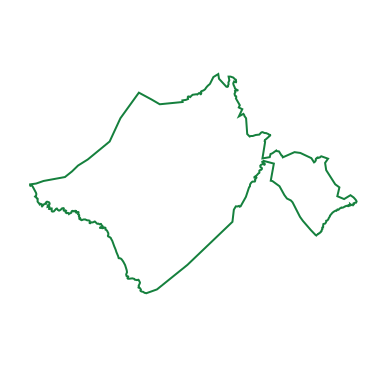 San Pedro Pochutla, Oaxaca, Mexico (Natural Earth projection), rotated 52°
{"feature_id": "50627088B77696414551918", "entity_name": "San Pedro Pochutla", "entity_type": "district", "adm_level": 2, "iso_a3": "MEX", "parent_name": "Mexico", "parent_adm1": "Oaxaca", "projection": "natural_earth1", "projection_center": [-96.39, 15.79], "detail": "fine", "context": "isolated", "style": "outline", "palette": "green", "viewbox_px": 384, "rotation_deg": 52, "n_neighbors": 0, "source": "geoboundaries", "source_scale": "gbopen_adm2", "svg_char_len": 6025}
<svg xmlns="http://www.w3.org/2000/svg" viewBox="0 0 384 384"><g transform="rotate(52 192 192)"><path d="M86.3,314.9L87.3,315.6L87.7,315.4L87.5,314.4L88.1,314.2L89.5,314.2L96.0,315.3L97.2,315.6L98.1,316.2L98.7,316.9L99.0,318.5L99.4,318.4L99.8,317.8L100.9,318.2L101.3,318.2L101.8,317.8L102.3,317.8L102.6,318.3L103.2,318.4L104.0,319.3L104.6,319.6L106.8,319.6L107.1,319.2L107.4,319.1L107.8,319.6L108.1,319.7L108.4,318.4L109.3,318.0L110.6,319.0L111.0,319.0L110.8,317.3L110.4,316.8L110.9,315.2L110.8,314.9L111.4,314.4L111.4,314.0L110.5,313.9L110.3,313.2L110.3,312.4L110.7,311.9L112.2,311.0L112.9,311.1L113.3,311.5L113.7,311.5L114.2,312.4L113.7,313.9L114.8,315.0L115.3,313.6L115.7,313.4L116.2,313.7L117.3,315.1L117.6,314.9L117.6,313.8L118.5,313.7L118.4,312.9L118.6,312.7L120.7,314.3L121.3,314.2L121.7,313.8L122.2,312.8L121.6,309.4L121.8,308.7L123.7,308.7L124.7,308.3L125.0,307.9L125.1,306.2L124.9,304.4L125.6,303.2L126.0,303.1L126.4,303.4L126.8,304.0L127.7,304.5L128.4,304.0L128.6,303.0L129.3,302.8L129.9,303.9L130.5,304.2L131.6,303.7L131.7,303.1L132.2,302.5L133.6,302.6L133.5,301.4L133.9,300.9L134.0,299.9L133.7,299.4L133.3,299.1L133.1,298.4L133.3,297.8L134.1,297.5L134.2,296.9L134.8,296.6L135.0,296.3L134.9,295.6L135.6,295.0L136.0,295.2L136.4,295.9L137.1,295.9L137.2,294.8L137.7,294.0L138.1,293.9L138.6,294.3L139.4,295.5L139.9,295.4L140.1,295.1L140.5,295.1L140.9,295.2L141.8,296.3L143.0,296.2L143.0,296.6L143.6,297.2L143.9,297.3L144.3,297.0L144.2,296.5L144.5,296.4L144.9,296.9L145.5,296.7L146.3,296.3L146.8,294.5L147.8,293.1L149.7,292.1L150.8,290.9L151.5,290.4L152.8,290.9L153.2,291.7L153.5,291.8L154.0,291.3L153.8,290.2L154.2,289.6L154.6,289.3L155.2,288.0L155.2,287.1L155.5,286.7L158.5,286.3L158.9,286.0L159.3,285.2L160.4,284.8L160.8,284.5L160.9,283.6L161.1,283.4L161.9,283.6L164.2,283.5L164.4,283.7L164.2,285.0L163.4,285.7L163.5,286.4L163.8,286.5L164.4,285.7L164.5,285.2L165.3,285.0L165.6,284.6L166.1,283.3L166.1,282.8L166.6,282.4L167.1,282.3L168.4,283.3L169.2,282.9L170.1,282.8L171.1,282.9L172.0,283.2L172.9,283.3L173.8,283.9L174.8,285.3L175.3,285.4L175.7,285.0L176.8,284.9L177.2,284.5L178.3,284.3L179.3,284.6L181.4,284.9L186.9,286.7L190.5,287.7L192.9,288.6L197.0,289.7L199.0,290.5L199.4,290.2L199.5,289.9L200.4,289.2L201.6,288.9L204.4,289.0L208.4,289.7L213.4,291.6L215.2,292.6L216.4,294.6L217.8,295.3L218.2,295.3L218.6,294.7L219.0,294.4L219.5,294.4L220.3,295.9L220.8,295.9L221.5,295.2L223.3,292.2L224.9,291.0L225.6,291.1L226.2,290.9L226.5,290.4L227.5,289.7L227.9,289.0L228.0,288.4L228.6,288.2L231.2,288.7L231.8,289.3L233.1,291.8L234.1,292.2L234.2,292.9L234.4,293.0L234.8,292.8L235.2,292.3L236.3,292.2L237.5,292.4L238.0,293.4L238.6,293.4L239.8,292.7L240.7,291.9L242.2,291.5L243.3,290.5L243.6,290.4L247.2,279.6L246.6,240.5L240.4,178.5L231.7,169.9L230.3,166.3L231.5,164.9L231.9,163.5L232.9,163.5L233.2,162.5L229.0,152.5L223.4,144.1L223.3,143.0L221.9,141.7L221.6,141.1L221.1,139.6L221.0,138.0L222.1,136.6L222.4,136.0L222.0,135.2L221.1,134.8L220.4,132.4L219.8,132.3L219.2,133.7L219.0,133.9L218.6,133.6L218.7,130.8L218.2,128.0L218.4,127.3L217.9,126.6L216.8,126.0L216.6,125.4L216.7,124.4L217.1,123.8L217.0,123.2L216.8,122.6L215.9,122.2L214.5,122.7L213.3,122.0L213.1,120.8L213.6,118.5L213.8,118.2L215.0,118.3L215.1,117.8L214.9,117.5L214.3,117.3L211.7,118.2L211.4,118.0L211.8,116.7L211.6,116.4L220.0,110.0L231.6,123.0L232.9,121.9L241.3,119.5L251.3,121.1L255.6,121.2L259.5,119.3L262.0,119.1L278.1,122.2L283.0,122.4L295.1,121.8L302.1,121.1L302.8,120.8L302.6,120.3L302.8,118.9L302.6,118.6L302.8,118.2L302.7,117.4L303.0,117.0L302.8,116.1L302.9,115.4L302.7,115.3L302.5,114.6L302.6,114.1L302.2,113.8L301.9,113.1L301.5,112.7L301.6,112.3L300.4,111.4L300.6,110.7L300.1,110.6L299.9,109.8L299.0,109.2L298.1,108.1L298.8,106.7L298.8,106.2L298.3,105.0L297.7,104.1L297.3,103.9L297.7,103.0L297.5,101.5L296.8,100.4L296.1,98.3L295.6,97.9L294.8,94.1L294.8,92.3L295.1,90.2L295.7,89.8L295.3,88.2L296.0,87.9L296.2,87.2L295.9,85.8L296.3,84.5L296.2,84.0L296.5,83.9L296.6,83.5L297.1,82.9L297.4,81.9L297.5,80.5L297.7,80.3L297.9,78.9L298.6,78.3L299.0,77.4L298.7,76.9L299.0,76.7L298.9,76.0L299.2,75.5L299.3,74.9L299.1,74.8L299.6,74.7L299.8,75.3L299.7,76.0L299.8,76.2L300.6,73.7L301.0,73.2L301.5,73.2L301.3,72.0L300.7,72.0L300.4,71.7L300.5,71.2L300.7,70.8L300.8,70.1L301.4,69.4L300.9,68.2L300.0,67.9L298.7,67.8L295.8,68.0L292.1,69.1L291.2,76.5L284.8,80.1L279.1,73.0L274.1,74.4L257.4,72.8L251.0,69.2L249.5,64.3L243.5,68.1L243.3,68.9L243.5,69.7L243.4,70.2L242.8,71.7L242.3,71.5L242.1,71.7L242.0,72.6L242.2,73.4L242.1,73.8L242.3,74.2L243.4,75.1L243.9,76.9L243.8,77.6L238.8,77.1L227.9,82.6L223.7,86.7L220.6,99.1L219.0,98.6L218.4,99.0L213.9,98.5L213.5,98.5L212.0,100.0L211.2,100.0L211.0,104.6L210.8,105.6L210.4,106.7L212.4,109.3L208.9,115.8L197.5,103.5L196.7,103.5L195.9,102.5L196.0,102.2L195.6,95.6L195.1,95.3L194.3,96.0L193.5,96.1L191.6,97.1L191.1,97.4L190.7,98.0L189.9,98.7L188.3,99.5L187.8,100.5L187.8,101.3L188.2,103.6L186.3,106.7L185.3,109.6L184.1,111.1L183.8,112.4L180.3,112.8L167.2,104.0L164.4,103.9L163.6,103.5L162.1,103.4L161.3,108.5L157.7,101.4L154.2,103.1L153.0,100.9L145.3,99.8L144.9,99.1L144.0,98.4L143.8,98.3L143.4,98.7L143.2,98.8L141.6,98.5L141.1,98.0L140.6,97.8L140.1,96.5L138.8,95.9L138.9,95.2L140.0,93.6L139.9,93.4L137.3,94.4L136.8,94.4L136.1,94.0L133.2,93.3L132.1,92.8L131.6,92.4L130.8,90.8L131.9,90.4L132.6,89.7L132.4,89.4L130.5,88.3L129.4,88.8L127.3,89.0L124.9,90.5L123.6,92.1L126.9,93.8L128.2,96.0L129.6,96.8L130.3,98.2L130.7,98.3L131.0,98.6L130.9,99.5L130.2,100.1L119.4,101.0L115.2,98.7L114.6,104.4L118.1,111.8L118.0,111.7L117.9,112.8L118.1,114.8L118.5,116.7L119.1,118.4L119.1,119.5L119.0,120.6L118.5,122.0L118.4,123.0L118.5,123.2L119.4,123.5L120.0,124.0L120.4,124.8L120.3,125.0L119.3,125.1L118.4,125.4L118.4,127.9L117.7,128.3L115.8,131.6L115.8,133.1L116.1,135.0L114.8,135.6L114.4,136.2L114.6,136.9L116.3,137.9L115.6,140.2L113.9,143.2L115.3,144.0L103.0,163.4L94.0,167.0L81.0,172.7L89.8,203.0L101.5,225.8L102.2,254.1L101.0,265.5L101.9,273.9L102.0,282.9L91.9,302.2L89.4,309.6L86.3,314.9Z" fill="none" stroke="#15803d" stroke-width="2"/></g></svg>